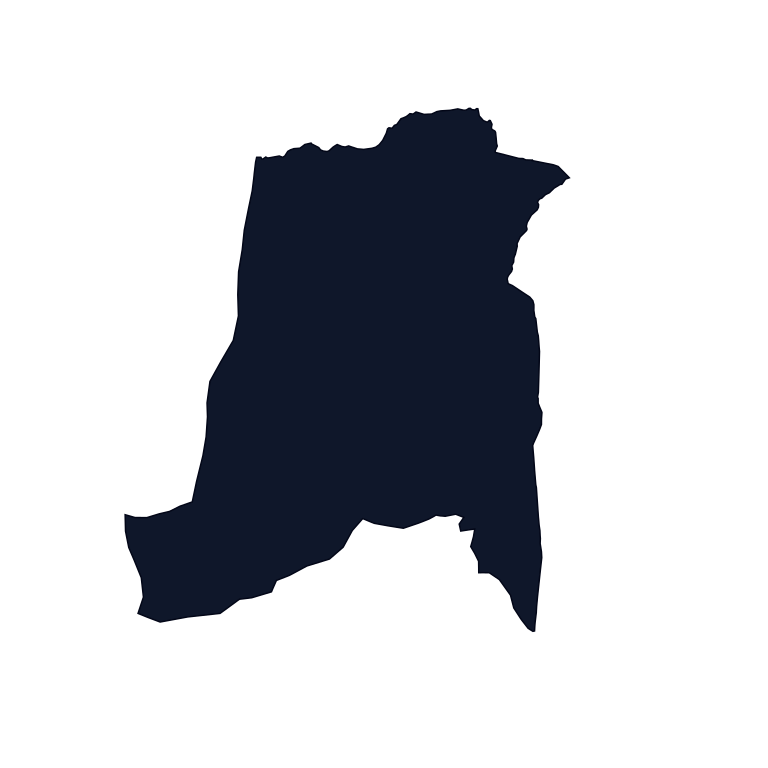 outline of Monts de Lam, Logone Oriental, Chad, rotated 196°
{"feature_id": "50815135B14191552615898", "entity_name": "Monts de Lam", "entity_type": "district", "adm_level": 2, "iso_a3": "TCD", "parent_name": "Chad", "parent_adm1": "Logone Oriental", "projection": "equal_earth", "projection_center": [15.78, 8.051], "detail": "fine", "context": "isolated", "style": "filled", "palette": "ink", "viewbox_px": 768, "rotation_deg": 196, "n_neighbors": 0, "source": "geoboundaries", "source_scale": "gbopen_adm2", "svg_char_len": 4428}
<svg xmlns="http://www.w3.org/2000/svg" viewBox="0 0 768 768"><g transform="rotate(196 384 384)"><path d="M312.5,259.8L308.9,262.5L303.5,266.7L299.5,270.6L298.9,271.3L297.8,272.4L297.3,272.4L296.1,272.5L293.4,272.8L291.6,273.2L289.0,273.7L288.8,273.7L279.2,278.6L270.5,277.8L273.1,270.1L269.7,263.8L268.2,264.5L262.3,267.2L256.8,269.6L256.4,266.2L256.1,263.6L255.9,261.9L255.8,256.2L255.8,251.6L250.2,246.3L244.2,239.7L242.2,233.1L240.9,228.7L237.3,229.8L230.8,231.6L219.2,227.8L204.2,215.9L197.5,204.5L188.2,196.4L187.5,195.8L185.8,194.5L183.6,192.9L178.0,188.8L172.7,187.3L171.2,188.1L172.2,192.4L173.0,196.3L174.7,206.8L174.8,207.0L176.0,212.3L177.8,221.8L178.9,228.1L182.1,246.5L184.5,260.6L186.4,266.1L190.0,273.9L190.1,274.4L191.1,278.6L192.2,281.5L193.7,286.0L196.0,291.1L198.1,296.6L198.9,298.6L205.1,315.7L209.0,326.5L209.8,328.0L210.4,329.2L215.6,342.9L215.9,343.8L217.8,349.0L219.9,354.8L222.5,361.6L224.1,365.9L224.0,368.0L222.8,376.2L222.1,381.7L221.8,384.5L221.5,388.5L222.2,391.0L223.0,393.9L224.1,399.1L224.4,400.3L227.8,404.5L230.5,408.0L231.7,412.1L231.7,412.3L232.8,413.9L233.3,418.5L238.2,437.7L243.5,458.2L245.2,462.6L247.3,468.4L249.0,472.9L250.9,476.1L256.1,488.7L257.5,490.0L257.9,490.8L260.3,496.2L260.9,498.5L261.8,501.6L263.9,505.1L266.0,506.5L267.8,507.7L275.8,510.2L278.6,511.1L287.7,514.0L289.8,514.3L292.3,514.7L294.5,518.8L294.6,521.1L294.0,523.5L292.6,526.9L292.4,527.4L292.4,528.2L292.3,529.9L293.8,533.0L293.0,536.9L293.9,541.1L293.6,544.4L293.5,544.6L293.9,553.3L294.1,553.7L294.8,555.8L293.9,561.4L293.7,562.8L292.1,565.7L291.3,567.1L290.6,568.4L289.3,570.8L289.2,572.3L290.0,573.7L290.7,575.0L290.8,577.0L290.9,578.7L289.7,583.7L288.9,587.0L285.0,593.3L284.8,593.5L284.3,596.3L284.4,596.9L284.8,599.0L285.6,599.9L286.5,601.0L286.3,602.7L286.2,603.2L285.1,605.1L284.4,605.5L283.5,606.2L282.7,607.6L281.0,610.5L280.7,610.8L277.7,613.5L276.2,616.2L275.8,616.8L274.4,619.3L274.0,619.7L269.8,624.3L269.1,624.6L268.1,625.0L266.0,631.0L262.7,633.3L265.3,634.8L271.9,638.5L273.7,639.5L276.5,641.1L278.0,641.2L281.4,641.4L303.3,639.6L303.3,640.1L303.9,639.9L309.5,638.5L312.5,639.0L313.8,638.7L315.8,638.2L316.3,638.1L316.7,638.0L331.1,637.6L340.8,637.3L340.9,637.5L341.4,638.7L341.1,640.8L340.7,644.0L342.0,646.1L343.9,651.1L346.1,656.6L346.8,657.4L347.2,657.7L347.8,657.9L350.5,658.5L351.5,660.3L351.7,663.0L351.8,663.5L354.4,666.5L355.0,666.5L355.4,666.4L356.1,665.3L356.9,664.1L359.6,664.4L361.1,664.6L361.9,665.1L363.4,666.1L366.3,667.9L368.6,672.5L368.8,672.8L369.6,674.4L369.7,674.5L370.1,674.4L370.9,674.2L372.2,672.4L373.8,672.2L375.3,672.0L375.7,672.2L376.9,672.8L377.2,672.7L378.3,672.4L380.5,670.0L380.8,669.9L382.5,669.2L386.9,668.9L388.9,668.8L395.9,665.3L405.0,662.1L408.3,660.4L410.0,658.9L410.2,658.7L412.7,656.6L415.7,655.6L419.8,654.2L425.7,654.3L426.9,654.3L428.2,654.3L430.4,651.5L433.6,651.0L435.0,648.9L436.4,647.1L438.7,645.2L440.8,643.7L442.3,639.5L443.3,636.9L445.3,635.5L446.7,632.1L449.4,631.7L449.8,631.7L450.0,631.5L450.9,630.3L450.9,625.7L452.4,617.8L453.8,614.5L454.6,612.7L455.2,611.9L457.2,609.4L460.5,607.3L468.2,603.9L472.4,603.1L474.2,602.7L479.1,602.9L480.1,602.9L483.6,603.1L485.9,601.6L486.6,601.1L490.0,600.7L495.0,601.3L496.6,599.6L498.3,597.6L501.1,593.0L502.8,591.8L505.9,591.3L506.7,591.2L509.0,591.5L509.4,591.5L510.0,591.9L510.4,592.2L511.9,593.3L516.0,594.1L519.7,594.8L520.1,595.2L520.5,595.5L524.3,593.4L526.1,592.4L527.8,590.1L529.8,587.5L535.5,585.4L538.6,583.2L539.4,582.3L540.6,581.1L542.2,575.8L542.3,575.7L543.9,574.0L546.5,574.2L547.5,574.3L555.4,570.4L558.0,569.2L558.4,569.2L560.2,569.6L562.5,566.8L563.5,566.6L564.9,568.0L568.9,566.8L568.6,562.0L568.1,558.9L566.7,550.4L565.9,546.0L563.9,533.3L562.6,515.6L560.7,493.3L557.3,474.2L554.7,451.8L549.2,429.7L542.7,409.3L540.9,384.3L547.1,359.8L552.0,338.5L548.9,317.1L544.6,303.7L540.4,284.1L538.3,265.2L537.3,238.7L535.8,217.8L546.3,210.4L555.0,202.4L564.3,197.2L575.1,190.2L586.5,187.0L596.8,187.0L591.9,171.3L584.3,156.5L575.8,146.1L563.9,130.9L556.5,112.8L557.2,95.7L546.9,94.6L533.6,93.5L508.5,106.0L478.4,118.3L477.6,119.3L470.3,128.7L465.2,135.3L463.6,137.3L458.1,139.6L452.2,142.1L434.9,153.2L434.5,156.8L433.3,165.5L423.6,172.9L422.2,174.0L420.2,175.9L408.0,187.8L388.2,200.7L378.3,215.9L374.1,234.5L367.4,248.7L367.3,248.8L358.9,247.8L357.0,247.6L356.6,247.6L355.0,247.4L341.2,248.8L331.2,250.0L325.6,250.7L312.5,259.8Z" fill="#0f172a" stroke="#020617" stroke-width="1.5"/></g></svg>